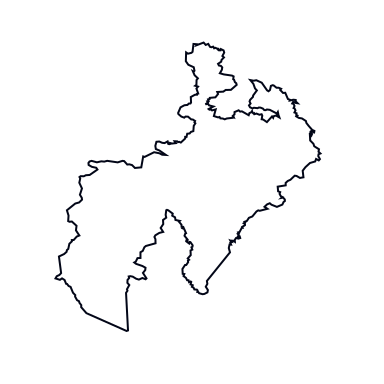 the district of Ixcamilpa de Guerrero, Puebla, Mexico, rotated 281°
{"feature_id": "50627088B64482262192688", "entity_name": "Ixcamilpa de Guerrero", "entity_type": "district", "adm_level": 2, "iso_a3": "MEX", "parent_name": "Mexico", "parent_adm1": "Puebla", "projection": "equal_earth", "projection_center": [-98.671, 18.028], "detail": "fine", "context": "isolated", "style": "outline", "palette": "ink", "viewbox_px": 384, "rotation_deg": 281, "n_neighbors": 0, "source": "geoboundaries", "source_scale": "gbopen_adm2", "svg_char_len": 6061}
<svg xmlns="http://www.w3.org/2000/svg" viewBox="0 0 384 384"><g transform="rotate(281 192 192)"><path d="M43.9,155.6L80.4,146.5L82.8,147.5L84.1,146.7L88.7,148.2L90.5,145.9L93.4,145.5L95.5,146.7L97.0,146.0L97.6,147.5L97.6,150.0L96.2,153.7L95.9,156.6L98.1,159.7L97.5,163.1L98.5,163.8L103.2,159.3L106.5,161.0L108.8,160.8L109.9,157.4L110.8,150.8L111.8,148.8L112.9,150.1L116.7,151.1L117.4,154.0L123.0,152.9L124.8,154.9L128.7,155.8L130.2,157.0L134.7,166.0L138.7,165.1L140.7,163.7L142.5,164.3L145.6,167.7L147.3,171.3L150.7,168.1L155.0,169.9L159.0,168.9L161.9,171.6L164.5,170.5L169.2,170.2L169.7,170.8L169.5,172.2L167.1,177.2L165.0,177.1L163.9,180.2L161.4,181.1L161.3,185.5L160.4,184.8L157.9,187.9L155.9,188.4L156.1,190.0L155.7,190.4L154.6,189.6L154.2,191.4L150.4,194.0L149.9,193.3L147.6,193.0L144.3,196.9L143.6,196.8L143.4,195.7L142.5,195.7L140.9,199.0L142.5,199.1L142.5,200.0L139.8,202.8L138.4,202.9L137.6,202.0L135.5,203.3L134.3,201.7L129.8,202.8L126.0,200.5L124.9,202.1L123.9,201.1L122.4,201.6L119.3,200.3L119.0,199.1L114.6,197.3L109.9,198.5L110.0,200.1L107.9,199.7L106.5,202.5L104.5,204.0L104.7,205.4L102.9,206.3L103.9,207.8L103.6,208.4L101.0,208.2L100.6,210.5L98.9,210.0L98.4,211.8L96.8,212.9L97.1,215.4L96.4,216.3L94.9,216.3L95.0,217.3L94.0,218.3L93.7,221.9L94.3,223.6L96.4,226.3L98.8,226.3L101.6,223.6L104.8,224.6L107.5,223.6L140.0,240.8L144.0,238.8L147.6,238.9L147.8,240.4L149.4,239.3L150.0,240.1L151.5,239.0L151.1,240.6L151.8,240.2L152.0,241.9L151.3,243.6L153.2,243.1L155.2,244.0L155.1,246.5L156.0,248.1L157.5,247.3L156.8,245.4L158.7,246.1L159.6,244.9L160.3,245.8L161.2,245.0L161.8,246.3L166.3,247.7L166.5,248.5L167.3,247.9L169.5,250.3L170.7,250.1L171.2,248.8L172.3,249.9L172.8,249.3L174.1,251.4L177.5,252.8L179.5,255.9L185.2,259.0L186.6,260.5L186.5,262.1L189.9,269.3L191.3,266.0L194.2,268.1L195.8,270.5L194.7,272.4L193.6,278.2L196.9,283.1L199.7,283.8L200.9,284.9L202.4,284.5L203.9,282.5L203.3,281.0L204.3,281.8L204.8,280.0L206.9,278.3L208.7,278.6L209.1,276.4L213.6,275.1L216.4,282.7L218.8,282.2L221.1,283.9L222.8,286.3L227.6,289.7L227.7,291.6L226.4,295.3L227.7,298.6L234.0,296.6L238.0,298.6L243.0,302.3L245.5,307.1L248.1,307.5L247.2,310.4L248.7,311.3L251.3,309.1L253.2,309.0L254.3,310.7L255.7,308.5L258.2,308.5L260.2,303.3L262.5,302.0L265.1,298.2L271.5,296.6L271.7,297.6L270.5,298.5L271.9,298.8L272.7,296.9L273.9,296.8L275.0,297.8L274.2,298.4L273.8,300.5L275.3,300.5L275.9,298.1L279.0,294.1L281.6,291.1L283.4,290.3L285.2,285.9L285.1,282.8L286.1,280.0L287.2,280.8L287.6,279.6L289.2,279.6L289.6,277.4L291.9,278.0L293.6,276.7L293.8,275.7L296.0,276.2L297.9,274.9L298.0,273.5L299.8,274.1L299.4,275.2L300.0,276.0L299.2,276.9L299.3,278.7L301.0,276.1L301.7,275.9L302.2,277.1L301.9,273.8L300.4,270.5L301.2,270.6L301.6,268.4L307.2,264.6L306.6,262.5L309.0,259.1L310.3,259.8L310.9,257.1L310.5,255.0L312.2,251.8L312.2,250.7L311.2,249.2L307.0,249.1L305.5,247.9L306.1,246.3L312.6,239.6L314.0,233.8L313.0,231.3L313.0,227.9L309.9,231.6L305.7,234.1L304.1,236.3L298.4,233.6L297.0,233.7L293.6,231.5L291.9,231.2L290.0,232.6L287.9,231.4L286.2,232.8L285.6,235.5L286.5,236.7L286.8,240.4L287.7,241.5L287.9,243.2L287.4,245.7L286.2,247.3L286.4,248.7L287.3,249.8L287.5,252.7L285.2,260.4L286.9,261.0L285.1,261.8L284.8,260.8L284.1,260.9L283.2,262.8L281.8,263.6L283.1,259.8L281.9,257.6L280.3,257.5L281.4,256.1L274.9,252.2L276.7,248.1L276.7,246.5L280.4,246.4L281.6,245.5L280.7,243.4L281.3,240.3L280.3,238.4L281.2,237.9L280.8,237.4L281.5,236.3L282.9,235.5L281.6,235.0L280.4,233.3L278.2,233.0L280.7,225.6L280.1,223.9L281.1,222.2L278.6,218.5L276.3,218.9L274.8,217.8L273.4,218.7L273.7,217.6L272.6,217.8L270.8,212.1L269.6,210.3L270.0,208.2L269.7,205.8L270.9,204.7L270.2,203.4L270.7,199.0L277.6,199.5L275.9,196.1L276.6,195.0L276.1,193.4L276.6,192.5L280.0,196.7L280.3,192.2L281.5,191.1L280.7,188.4L282.9,190.6L283.9,189.7L284.5,191.0L286.0,190.1L286.7,191.6L287.8,191.5L289.4,196.9L293.2,198.9L295.0,197.7L296.5,203.6L298.6,205.6L299.7,210.7L305.7,215.4L307.2,214.7L308.1,213.1L310.2,211.9L310.6,210.9L313.4,210.8L313.9,209.1L313.5,200.7L313.9,196.7L317.7,198.0L320.1,197.9L321.3,196.3L321.3,194.3L322.8,193.1L325.5,195.8L327.3,195.8L330.2,197.7L331.3,195.9L335.0,197.0L337.0,196.0L337.8,193.1L336.5,193.0L336.2,191.2L336.7,190.4L338.0,191.4L337.4,190.5L338.0,187.1L337.3,186.3L338.7,185.0L337.8,183.4L337.9,182.0L340.5,179.7L339.0,177.4L340.9,174.9L336.9,168.4L338.0,168.8L337.6,165.2L329.7,165.8L328.5,164.9L327.0,161.6L327.9,159.6L319.2,161.0L316.2,164.1L314.8,169.9L311.5,171.3L310.3,170.7L310.6,169.9L307.1,172.3L304.7,176.1L302.8,175.1L298.0,175.9L296.9,174.9L296.6,177.8L294.4,176.6L289.8,179.3L289.2,178.1L288.5,178.3L288.0,176.3L285.0,172.7L279.6,174.0L278.6,173.6L278.2,172.0L276.6,170.9L275.7,168.0L272.9,164.6L266.9,163.3L265.9,163.8L264.0,167.1L263.5,170.2L264.8,171.2L265.2,173.7L263.1,177.4L263.3,179.0L262.3,181.5L260.9,181.1L260.1,182.2L257.3,181.1L252.0,181.7L250.8,179.5L249.0,178.5L248.3,176.2L245.0,176.1L244.8,174.8L243.2,175.1L238.4,171.6L238.8,169.8L238.3,168.8L238.9,167.8L238.5,165.2L236.9,166.8L235.8,163.3L235.9,161.3L235.2,161.7L234.6,160.5L234.7,159.5L237.0,158.4L234.8,155.8L234.6,153.4L235.3,150.2L234.5,147.5L230.3,147.2L227.3,148.3L226.5,152.1L223.4,159.3L222.9,155.6L223.8,152.6L223.8,147.2L217.4,138.8L217.6,137.3L206.5,137.5L204.7,131.4L207.0,128.0L207.2,125.2L206.6,123.2L209.4,119.5L209.3,117.8L206.9,113.4L206.4,102.8L205.1,100.1L204.8,97.1L203.0,93.0L203.4,87.5L202.4,85.6L200.7,84.8L198.8,85.4L197.6,88.9L197.5,93.4L196.0,94.9L189.2,88.3L188.2,84.6L186.8,82.8L186.3,79.7L185.2,78.7L183.9,79.7L179.6,79.6L174.5,83.3L167.9,82.5L165.3,84.9L163.5,85.5L160.2,83.2L158.4,79.6L150.2,72.7L145.3,75.3L139.8,76.0L139.4,77.4L140.1,79.7L136.8,85.1L132.2,85.4L127.8,89.7L126.3,87.4L122.3,85.0L121.9,83.2L120.6,83.5L117.8,81.5L112.5,81.4L111.1,80.3L109.3,80.3L106.7,78.3L103.3,73.7L87.4,79.0L85.3,77.7L83.5,75.3L81.1,74.5L80.6,79.1L82.4,80.9L81.3,83.7L77.9,85.9L77.9,86.9L76.2,88.8L75.7,90.9L70.4,94.4L68.5,97.1L67.0,97.2L63.9,99.8L63.2,102.0L61.8,102.6L59.8,104.9L57.8,105.2L52.9,111.5L43.1,154.3L43.9,155.6Z" fill="none" stroke="#020617" stroke-width="2"/></g></svg>